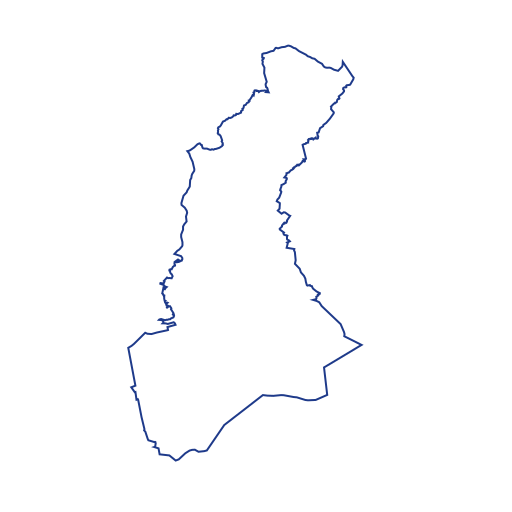 Racaciuni, Bacau, Romania (Mercator projection), rotated 97°
{"feature_id": "2599482B8693341278780", "entity_name": "Racaciuni", "entity_type": "district", "adm_level": 2, "iso_a3": "ROU", "parent_name": "Romania", "parent_adm1": "Bacau", "projection": "mercator", "projection_center": [26.919, 46.359], "detail": "fine", "context": "isolated", "style": "outline", "palette": "blue", "viewbox_px": 512, "rotation_deg": 97, "n_neighbors": 0, "source": "geoboundaries", "source_scale": "gbopen_adm2", "svg_char_len": 6066}
<svg xmlns="http://www.w3.org/2000/svg" viewBox="0 0 512 512"><g transform="rotate(97 256 256)"><path d="M464.6,327.5L464.5,317.7L468.8,310.8L467.3,307.9L460.4,302.1L457.2,298.2L456.2,295.8L455.7,293.1L457.3,289.2L456.0,283.6L455.0,281.1L427.6,266.9L393.2,232.2L393.2,227.7L392.7,221.8L391.0,214.1L390.8,211.5L391.4,201.4L391.3,198.3L392.9,189.5L392.9,186.8L391.6,179.2L385.2,168.4L358.3,174.9L331.4,140.4L324.9,158.6L322.7,158.6L320.7,159.4L313.3,163.7L297.7,184.7L294.2,187.6L293.2,190.4L292.6,193.9L291.5,191.1L290.3,190.8L289.1,191.2L287.6,189.4L286.8,189.9L286.1,189.0L285.9,188.2L285.1,188.1L283.8,191.6L281.5,195.3L280.1,196.4L279.2,196.7L278.9,198.7L278.3,199.0L279.1,201.4L278.7,202.0L275.7,203.3L272.4,204.3L269.8,206.0L266.8,209.4L263.3,211.1L259.0,216.4L255.4,216.1L247.4,217.9L245.8,218.9L244.4,218.8L244.1,226.6L239.4,226.0L238.8,226.8L237.3,224.2L236.6,225.0L235.9,226.9L235.4,227.3L233.2,227.6L232.0,227.3L231.7,228.4L231.8,229.5L231.3,231.0L230.0,231.6L229.3,231.1L226.8,235.6L226.0,235.8L223.6,233.8L222.5,233.9L221.0,232.9L220.7,232.3L220.4,232.6L219.4,231.9L219.3,230.8L219.6,230.3L219.3,229.9L217.9,229.4L217.0,229.6L212.0,227.0L211.8,227.8L209.3,232.3L209.2,233.7L210.9,235.8L208.3,239.9L206.2,238.4L201.1,238.7L200.5,238.9L199.1,242.1L197.3,241.6L195.3,240.1L190.1,238.8L189.1,238.7L187.8,240.0L187.4,239.7L186.9,240.0L184.1,239.3L182.5,239.4L181.3,237.4L179.6,235.4L178.1,235.7L176.0,234.8L175.1,234.9L174.8,235.2L174.6,237.4L171.9,235.7L170.1,235.8L170.0,235.1L169.3,234.2L169.2,233.6L166.7,231.9L166.4,231.2L165.3,229.9L164.6,230.0L164.6,229.4L163.5,229.1L163.6,228.7L162.2,227.8L161.9,227.0L161.3,226.8L161.1,226.0L160.4,226.1L160.2,225.2L160.5,225.1L160.2,224.6L160.6,224.3L157.5,221.8L156.0,221.3L156.4,219.4L156.1,219.0L155.7,219.0L154.2,220.4L153.9,218.6L153.3,218.2L140.0,223.3L139.3,222.4L138.6,220.5L138.3,220.1L137.8,220.1L137.1,218.1L136.5,218.3L135.2,217.9L134.5,218.5L133.4,217.8L133.1,216.6L133.3,216.0L133.1,215.3L132.4,215.3L132.3,214.5L132.4,213.9L133.3,213.3L131.2,211.2L132.1,210.9L132.1,209.5L131.7,208.9L129.6,208.8L128.9,209.5L126.2,210.3L125.7,208.9L121.3,208.0L119.0,205.2L117.7,205.1L115.3,202.5L110.7,199.4L105.0,196.3L103.9,196.3L101.1,199.4L99.1,199.4L98.6,199.8L95.2,197.2L94.9,196.3L94.2,196.2L94.1,195.5L93.4,194.6L91.2,194.4L90.1,193.7L90.1,192.9L89.5,192.4L87.5,193.3L84.2,190.1L81.9,188.7L80.9,188.8L79.8,189.9L78.7,189.9L77.8,188.8L77.7,187.2L77.4,186.9L76.0,187.2L75.5,186.8L74.7,183.8L74.4,183.4L68.8,181.0L67.1,180.8L65.7,182.3L52.7,193.5L56.0,193.3L57.6,193.6L62.2,197.1L61.6,201.3L60.3,204.5L60.1,205.8L60.5,208.7L60.4,210.1L60.1,211.1L59.2,212.2L57.2,213.9L55.5,218.3L53.1,221.9L52.9,224.3L51.9,226.5L51.4,229.0L50.1,230.9L47.4,238.3L45.1,242.1L44.9,243.9L43.6,246.9L43.2,249.1L43.4,250.1L44.9,252.8L45.6,255.9L47.2,259.4L46.9,261.4L47.1,261.9L50.2,263.6L51.0,266.1L53.2,270.2L54.1,273.4L54.9,274.4L58.3,274.0L58.5,272.4L59.1,272.4L60.9,273.7L62.3,272.9L64.5,273.0L68.0,270.6L73.5,270.2L81.8,266.6L84.3,267.4L85.6,267.1L87.2,266.5L87.6,265.5L88.5,265.0L90.9,264.1L92.0,263.4L92.1,265.9L91.3,265.3L90.7,265.5L90.7,267.9L91.1,268.9L91.2,270.4L91.6,271.1L91.6,271.9L92.9,273.1L92.0,273.8L92.1,274.8L91.8,274.7L91.6,275.7L91.7,277.3L92.0,277.7L93.4,277.6L94.0,278.4L95.3,277.7L96.9,277.9L96.4,278.6L96.5,278.9L99.0,279.8L102.3,281.5L102.8,281.3L103.0,281.8L102.9,282.1L104.3,282.0L105.3,283.7L107.2,284.6L108.1,286.3L110.3,286.4L111.2,286.8L111.5,287.4L112.7,287.0L114.1,288.5L115.5,288.3L117.3,291.2L117.3,292.9L118.5,293.1L119.0,293.9L119.1,295.3L119.9,295.5L121.4,296.9L122.2,298.5L122.1,299.9L123.8,301.0L123.8,301.9L125.5,303.2L126.6,305.2L130.6,306.8L131.8,307.5L132.8,309.0L133.8,309.4L134.8,308.7L136.0,309.1L137.6,308.7L138.7,309.0L139.9,308.1L139.9,307.1L141.3,305.7L145.3,303.7L146.4,304.1L148.1,302.7L149.3,302.9L149.8,302.4L151.1,303.2L153.0,305.4L154.6,308.8L154.9,310.1L155.6,311.0L155.4,312.7L156.1,313.8L156.1,315.0L155.4,317.7L155.7,320.2L155.6,321.6L155.0,322.3L152.4,323.4L152.4,324.2L151.2,325.2L151.1,325.9L152.2,327.7L155.7,330.5L158.3,333.4L159.5,334.9L160.3,336.9L162.5,334.7L165.6,333.3L170.2,330.4L177.3,327.8L179.0,327.7L182.3,329.3L184.0,329.7L186.5,329.7L188.6,330.6L195.2,330.2L199.5,332.2L201.3,332.6L205.0,335.3L212.6,336.5L214.4,336.1L216.7,332.6L219.5,330.3L221.5,329.6L225.4,330.3L230.2,329.1L233.3,331.1L235.6,332.0L238.8,331.6L243.7,332.9L246.3,332.6L251.2,330.7L254.2,330.3L255.3,330.5L258.9,332.9L260.4,334.7L263.9,337.2L265.3,330.3L267.0,328.9L268.2,328.7L269.3,329.4L269.6,329.2L271.4,332.1L271.5,333.0L271.9,333.7L271.9,334.3L269.5,332.0L269.0,333.0L271.9,336.1L273.8,336.0L274.9,335.2L275.4,335.2L275.7,336.0L277.0,337.2L279.5,338.1L279.5,339.0L280.1,340.2L281.0,340.2L281.1,339.6L282.9,339.1L283.9,338.3L284.4,337.4L286.2,336.3L288.4,337.0L288.4,339.3L288.7,340.6L288.2,341.7L292.0,344.4L292.5,343.7L294.5,344.3L294.5,347.5L295.2,347.6L296.0,344.3L296.6,343.4L297.2,343.3L297.7,340.9L298.4,341.5L298.2,343.5L298.3,344.0L299.8,344.0L299.9,343.1L299.5,342.7L299.5,342.2L300.1,342.4L300.1,344.1L304.6,344.5L304.9,343.8L305.9,343.4L306.3,342.2L307.5,342.4L307.7,342.1L309.2,342.0L311.4,341.3L311.5,340.8L311.8,341.1L313.3,340.5L313.6,340.1L313.0,338.8L313.2,338.1L314.6,339.4L315.7,338.9L315.7,338.3L316.1,337.3L316.9,337.5L317.7,338.3L318.0,338.2L318.0,337.7L316.9,336.9L316.3,335.3L318.0,333.8L318.5,333.6L319.2,333.9L322.7,331.0L323.9,330.5L323.8,332.1L324.4,331.0L325.6,330.1L327.0,330.5L328.4,332.9L329.2,333.4L329.4,334.7L330.1,336.0L330.1,336.8L330.7,338.1L330.7,339.2L330.1,342.5L330.8,344.2L331.2,344.5L331.1,342.0L331.6,340.7L332.7,339.8L333.4,339.8L334.2,340.4L333.9,337.4L334.2,335.3L331.8,329.6L332.7,328.3L334.1,327.5L337.3,335.2L340.2,334.3L340.6,335.2L344.0,345.0L346.2,350.2L346.4,354.3L345.7,356.6L358.1,366.4L360.4,368.6L362.7,371.6L399.4,359.9L401.5,363.8L406.0,359.7L405.7,359.1L413.2,357.1L412.5,355.9L413.2,355.4L429.8,350.0L441.5,345.6L442.7,345.8L443.9,344.4L450.7,341.2L452.0,340.4L453.1,334.1L452.8,333.6L452.9,333.2L454.4,332.7L457.6,332.9L458.0,333.7L458.8,329.3L464.6,327.5Z" fill="none" stroke="#1e3a8a" stroke-width="2"/></g></svg>